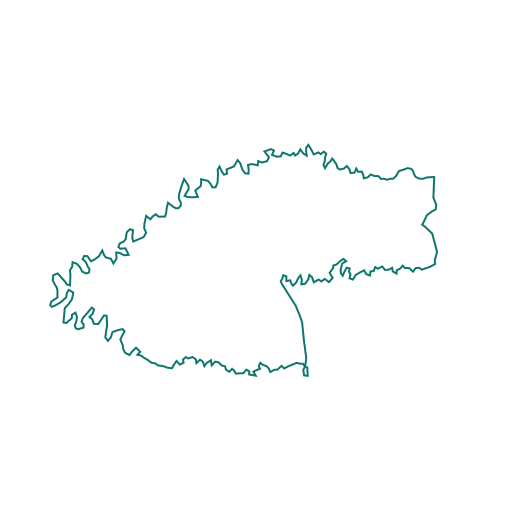 Iretama, Paraná, Brazil (Equal Earth projection), rotated 221°
{"feature_id": "56859067B93309478816761", "entity_name": "Iretama", "entity_type": "district", "adm_level": 2, "iso_a3": "BRA", "parent_name": "Brazil", "parent_adm1": "Paraná", "projection": "equal_earth", "projection_center": [-52.101, -24.358], "detail": "fine", "context": "isolated", "style": "outline", "palette": "teal", "viewbox_px": 512, "rotation_deg": 221, "n_neighbors": 0, "source": "geoboundaries", "source_scale": "gbopen_adm2", "svg_char_len": 4877}
<svg xmlns="http://www.w3.org/2000/svg" viewBox="0 0 512 512"><g transform="rotate(221 256 256)"><path d="M280.7,103.7L276.9,105.6L274.1,105.6L269.7,106.5L264.8,106.9L261.3,109.0L258.4,109.0L255.4,111.0L252.7,112.5L250.1,113.3L245.8,116.1L246.6,120.1L247.1,124.6L242.2,124.1L240.6,128.0L243.1,129.8L242.7,133.6L239.8,134.3L237.7,138.1L233.5,138.5L230.7,136.0L230.2,141.0L226.9,141.4L222.7,139.0L223.1,142.7L221.6,147.8L217.7,144.4L217.5,149.5L214.1,151.3L210.2,150.8L207.0,152.4L204.1,150.5L200.2,151.1L200.0,155.2L197.6,155.2L194.1,154.0L188.6,159.3L188.7,163.9L185.5,164.5L183.4,162.1L177.7,165.5L182.1,167.0L180.9,169.8L179.0,173.6L181.6,174.6L182.6,178.2L179.6,178.3L175.3,179.9L172.5,179.4L169.1,177.8L167.5,182.1L165.3,184.4L164.6,189.9L161.0,189.6L159.5,193.4L158.1,196.3L156.6,199.1L155.2,202.0L152.7,203.3L149.8,205.4L146.7,205.0L150.0,210.5L152.4,213.2L155.2,215.5L159.7,219.6L163.9,223.2L177.7,236.2L183.4,239.5L193.1,244.4L217.8,251.8L220.7,253.1L221.4,256.4L222.8,259.4L219.7,260.5L216.6,257.0L214.2,260.1L211.0,258.3L208.6,257.8L208.3,262.4L209.7,267.3L209.7,270.6L205.8,268.1L203.2,264.4L200.6,267.4L201.3,272.8L203.3,276.7L199.8,276.7L195.1,274.1L193.3,279.3L190.0,279.7L189.1,283.8L186.6,284.0L183.8,284.1L183.8,289.8L186.4,290.5L189.4,291.7L189.8,297.1L191.4,299.6L189.7,302.3L189.0,307.9L188.1,311.2L184.5,311.2L186.0,307.0L183.3,301.4L180.7,298.7L177.6,298.0L179.0,302.4L179.9,306.7L177.2,308.1L175.5,305.1L172.6,304.1L170.8,300.5L167.4,301.8L168.3,307.1L166.8,311.7L165.0,316.1L160.8,314.6L157.2,316.1L159.5,319.5L157.3,321.8L158.8,325.9L155.7,326.3L153.8,330.9L149.4,330.2L146.9,332.7L145.5,336.4L142.7,334.1L138.4,334.9L140.4,337.6L138.9,341.2L139.0,344.9L135.8,344.6L132.5,347.4L127.2,347.2L127.6,351.5L125.2,354.1L121.8,354.5L120.2,357.5L117.8,361.5L115.6,367.3L118.6,370.5L120.0,373.8L122.2,378.0L137.7,388.5L147.9,389.0L151.2,388.7L151.7,391.8L152.7,395.0L153.8,398.9L152.4,405.3L150.9,409.0L153.7,413.0L160.4,416.4L173.3,432.5L175.8,430.2L178.5,427.5L180.8,423.6L183.6,421.5L187.4,420.4L190.9,421.6L193.4,423.3L196.2,423.5L199.2,421.8L201.0,418.5L203.8,413.9L202.8,408.0L203.2,404.2L205.5,402.2L207.1,399.6L210.3,398.1L212.2,396.2L216.0,396.6L219.0,394.1L223.0,392.7L223.2,388.8L225.5,385.4L228.4,387.6L231.4,389.1L234.3,386.5L237.7,387.8L236.4,383.6L239.0,380.6L242.5,382.8L246.5,383.5L247.0,379.6L249.5,376.3L252.2,375.9L255.4,377.9L258.7,378.8L262.4,379.6L261.9,375.9L262.5,372.7L261.5,367.6L264.9,369.1L266.1,372.3L268.6,375.9L270.2,379.4L273.3,379.2L273.9,375.4L276.9,375.1L279.1,370.5L283.9,372.5L289.4,374.2L289.2,370.7L286.8,367.8L283.6,365.0L287.6,364.4L292.5,365.5L291.5,360.9L292.4,357.5L295.2,358.4L296.1,354.2L300.3,352.9L303.8,351.5L302.7,347.4L305.2,344.7L310.3,342.8L311.6,347.4L314.8,346.5L318.2,340.5L310.9,339.0L309.9,334.8L312.8,330.5L316.6,329.1L314.2,325.5L316.9,324.1L319.6,322.5L321.8,319.5L317.9,316.1L315.7,313.1L318.4,311.3L322.8,312.2L328.6,315.6L332.8,316.3L331.4,309.2L335.0,302.0L331.9,299.2L333.5,296.4L337.2,297.3L342.2,299.6L341.6,296.0L338.7,293.2L336.1,290.0L333.1,286.1L331.6,281.3L334.0,279.2L338.2,280.8L341.7,281.1L347.8,277.9L345.3,275.2L343.6,272.4L344.8,265.6L338.6,262.4L342.4,258.7L346.5,255.5L349.3,254.5L350.0,258.1L350.7,262.3L353.0,264.7L360.8,266.9L358.1,259.9L354.9,252.8L352.8,249.7L350.6,248.0L348.0,247.2L346.0,245.0L345.8,241.4L347.9,239.4L351.2,238.8L357.3,238.5L355.4,234.5L351.7,229.0L350.6,226.0L355.4,221.7L359.0,221.8L359.9,218.2L359.8,214.4L365.2,214.2L361.4,207.2L358.6,203.6L354.2,201.5L353.2,196.6L358.1,186.4L361.2,188.4L365.8,194.8L368.7,193.5L369.1,189.0L365.4,183.3L365.3,180.0L367.1,176.2L365.7,172.5L363.2,172.5L359.5,176.2L352.9,173.3L356.0,170.0L360.9,168.9L363.8,167.0L359.7,162.7L358.7,156.8L363.6,158.7L368.3,156.5L371.1,156.9L375.6,159.3L374.4,152.7L375.5,147.6L377.1,143.7L383.1,145.3L385.7,143.3L384.8,139.9L380.4,139.8L376.0,137.6L373.0,136.8L371.2,133.9L372.7,131.4L377.0,130.2L379.6,131.4L382.8,132.3L386.0,132.6L390.4,131.0L387.7,127.3L387.0,123.0L384.8,121.1L382.7,118.8L377.1,111.8L380.1,110.4L383.1,111.3L389.9,112.2L394.3,112.7L396.4,108.4L393.4,104.3L389.4,102.6L385.7,101.5L383.4,99.9L378.6,94.4L380.6,87.5L379.2,84.0L376.8,83.6L375.2,86.6L373.1,92.8L372.1,100.1L374.5,104.1L375.1,107.6L369.9,108.5L366.6,102.8L365.9,96.9L366.1,91.2L357.7,79.5L355.2,81.0L354.2,88.2L356.3,90.8L355.1,94.8L351.2,92.6L349.0,89.3L347.1,84.6L344.7,83.2L342.2,84.0L339.2,88.9L341.1,91.2L344.4,91.9L345.9,95.3L346.0,109.4L343.1,109.4L341.4,105.1L341.7,100.8L337.8,100.7L334.0,98.4L330.4,101.2L331.7,111.5L329.5,112.9L327.1,110.4L322.7,105.8L320.4,101.9L316.3,95.7L312.1,94.8L312.1,99.2L314.4,104.3L311.9,109.0L308.7,113.3L305.9,113.1L305.0,109.3L303.7,104.1L297.7,101.0L295.0,98.6L291.3,97.1L286.5,98.2L286.8,101.8L286.4,108.1L280.5,107.7L280.7,103.7ZM146.7,205.0L145.4,200.8L141.3,197.5L138.4,199.5L144.0,205.4L146.7,205.0Z" fill="none" stroke="#0f766e" stroke-width="2"/></g></svg>